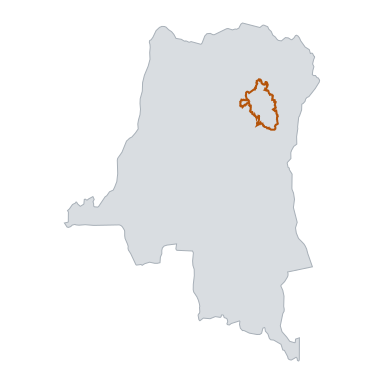 Bafwasende, Orientale, Democratic Republic of the Congo (highlighted)
{"feature_id": "63176286B50174012793828", "entity_name": "Bafwasende", "entity_type": "district", "adm_level": 2, "iso_a3": "COD", "parent_name": "Democratic Republic of the Congo", "parent_adm1": "Orientale", "projection": "equal_earth", "projection_center": [26.956, 0.799], "detail": "fine", "context": "in_parent", "style": "outline", "palette": "amber", "viewbox_px": 384, "rotation_deg": 0, "n_neighbors": 0, "source": "geoboundaries", "source_scale": "gbopen_adm2", "svg_char_len": 8887}
<svg xmlns="http://www.w3.org/2000/svg" viewBox="0 0 384 384"><path d="M312.4,266.8L287.6,272.0L288.1,273.9L287.9,275.9L287.2,277.4L284.7,281.5L281.0,285.3L280.9,286.2L282.8,290.4L284.0,296.2L283.7,306.4L284.2,309.1L284.1,311.2L282.8,313.6L280.3,325.8L282.0,331.7L286.8,337.2L289.7,341.3L294.5,342.7L295.2,342.5L295.6,339.1L299.4,337.8L299.3,359.5L299.0,360.7L298.3,361.0L297.4,360.3L297.1,358.2L296.1,357.3L291.4,360.0L290.2,359.9L288.9,359.4L288.0,358.3L287.7,356.7L284.4,350.4L282.8,350.0L281.0,344.3L273.7,340.1L270.8,339.8L269.4,338.5L267.9,334.0L265.4,331.2L264.9,328.0L264.4,327.5L262.9,328.2L261.6,333.2L259.9,334.4L256.9,334.5L249.3,333.1L243.9,330.5L242.5,330.6L240.4,328.3L239.5,324.4L239.9,321.4L239.5,320.9L231.3,323.5L229.3,325.0L227.4,324.6L226.9,323.8L227.7,321.7L227.3,319.5L226.6,318.4L224.2,317.6L223.4,315.2L221.9,314.8L221.4,315.2L221.1,316.8L220.2,317.4L215.3,316.6L210.1,318.7L203.3,318.1L200.0,320.7L199.5,320.6L198.8,319.3L198.1,315.2L198.5,314.1L199.5,313.3L199.8,311.6L199.5,307.4L199.8,306.3L199.4,303.9L198.3,300.0L196.9,296.8L193.7,292.0L193.2,289.7L193.3,284.3L194.3,275.8L194.2,269.4L192.9,265.3L192.6,260.9L193.4,252.9L192.5,251.0L176.9,250.3L176.2,249.7L175.9,248.6L176.6,243.9L167.0,245.1L164.2,246.0L162.4,247.9L161.8,250.4L161.8,253.8L160.4,257.1L160.0,262.7L157.4,263.3L154.7,263.3L149.6,262.2L144.7,263.7L142.2,265.3L141.0,264.5L136.5,265.1L135.9,264.7L130.7,253.6L128.4,250.0L128.0,248.2L128.2,246.4L127.5,244.1L125.1,238.5L124.7,235.8L124.7,231.7L124.5,230.3L122.3,226.7L120.9,225.5L119.3,224.9L93.7,225.4L85.2,224.7L79.0,225.2L75.9,224.9L75.0,224.4L72.2,225.1L70.7,226.6L68.5,227.4L67.1,227.1L64.4,223.0L68.0,222.2L68.3,221.8L68.4,212.0L67.5,210.6L69.4,208.9L72.5,204.5L75.5,203.0L75.9,202.1L76.6,202.1L77.7,204.0L80.3,206.3L83.6,204.3L83.9,203.7L84.3,199.4L85.2,199.1L86.6,200.0L87.3,200.0L88.8,198.8L92.9,196.6L94.2,199.4L93.0,201.8L93.6,203.5L93.7,206.2L94.4,206.8L97.7,207.1L98.6,206.5L105.1,196.8L106.8,195.7L109.5,191.8L113.2,190.1L114.7,187.0L116.8,181.6L117.7,173.7L117.3,160.2L117.7,158.3L122.0,152.2L126.5,141.1L129.6,138.2L131.9,137.0L135.4,133.0L138.2,128.9L137.8,124.0L138.5,119.9L140.0,114.7L140.5,109.3L140.0,103.5L140.2,98.8L142.3,91.2L142.6,82.6L144.4,75.3L148.2,66.1L150.0,59.3L149.7,52.5L150.2,47.5L150.0,44.6L149.3,42.1L149.7,40.5L151.1,39.8L152.9,37.3L156.1,30.6L159.5,27.4L161.9,26.4L164.4,26.5L166.0,27.1L168.6,29.7L171.6,31.7L173.8,34.3L176.0,38.4L181.3,39.3L183.6,40.7L185.0,41.3L185.5,40.9L186.6,41.1L189.1,42.3L191.1,41.6L200.9,44.3L202.1,43.0L204.8,36.0L206.9,33.7L210.3,33.4L212.9,34.7L214.3,34.7L226.4,28.8L228.0,28.5L232.4,29.9L235.2,29.0L236.4,29.3L238.8,28.2L240.9,24.1L242.5,23.0L259.9,27.5L262.6,25.3L263.8,25.1L267.7,26.7L268.9,29.3L271.2,31.4L272.8,35.1L275.4,37.1L276.7,39.0L278.3,40.4L281.4,40.9L285.4,37.6L288.3,37.9L291.1,39.7L292.1,39.6L294.2,37.7L295.4,35.7L296.5,35.2L298.1,36.1L299.5,38.0L300.7,40.8L305.1,47.0L309.3,49.7L310.4,53.5L311.9,53.1L312.6,53.5L313.7,55.9L314.5,56.4L314.6,57.4L313.6,59.7L312.6,64.0L313.9,66.7L312.8,70.6L312.3,74.6L313.6,75.6L315.4,75.5L317.0,77.6L318.3,78.0L319.6,80.2L319.3,82.0L315.2,88.6L308.9,96.6L306.8,97.6L305.7,99.0L305.0,101.4L303.2,103.4L301.8,104.2L301.6,110.0L299.5,116.0L298.7,117.2L297.6,127.0L297.8,128.6L296.6,136.6L296.8,144.1L293.8,146.4L291.7,150.1L290.8,152.6L290.9,158.6L287.4,162.4L287.2,163.2L288.1,167.4L289.3,168.1L289.3,169.6L292.1,174.1L291.9,188.2L292.1,189.6L293.5,193.0L294.5,199.3L293.4,207.5L297.2,222.3L295.5,227.8L296.3,233.0L298.5,238.4L303.8,243.8L305.2,246.0L306.6,249.0L307.8,253.6L312.4,266.8Z" fill="#d9dde1" stroke="#a8b0b8" stroke-width="1"/><path d="M262.9,83.9L262.7,83.7L262.4,83.8L262.3,83.7L262.1,83.6L262.1,83.4L261.5,82.9L261.4,82.7L261.5,82.3L261.5,82.0L261.3,81.5L261.4,81.4L261.3,81.2L261.2,80.7L260.9,80.4L260.7,79.8L260.5,79.7L260.4,80.2L260.0,80.1L259.7,80.5L259.5,80.1L259.3,80.0L259.2,79.4L258.9,79.3L257.5,81.0L257.3,81.1L257.2,80.7L256.9,80.8L257.0,81.1L256.9,81.6L256.6,81.9L256.4,82.4L256.4,82.8L256.7,82.8L256.9,83.0L257.2,83.2L257.3,83.4L257.1,84.0L256.8,84.6L256.1,85.5L256.0,86.0L256.1,86.3L256.1,86.5L255.8,87.1L255.9,88.2L255.4,88.5L255.1,88.3L255.1,89.0L254.9,89.6L254.6,89.6L254.1,89.3L249.1,93.0L248.7,92.4L247.9,91.8L247.5,91.7L246.9,91.8L246.1,92.6L246.1,94.1L245.8,95.5L246.0,95.8L245.9,96.2L246.4,97.4L246.3,97.6L246.5,98.9L246.8,99.0L247.0,99.0L247.1,99.4L247.6,99.6L247.7,99.8L248.0,99.7L248.3,99.8L248.7,100.5L244.6,100.1L244.3,100.1L244.1,99.8L243.9,99.7L243.4,99.7L243.1,99.7L242.6,100.3L242.0,100.3L241.4,99.8L240.9,101.0L240.3,101.6L240.6,102.2L240.5,102.3L240.2,103.0L240.4,103.5L240.5,104.7L240.2,105.2L240.3,105.9L240.6,106.2L240.8,106.3L241.1,105.9L241.3,106.1L241.5,106.1L241.5,105.9L241.8,106.0L241.8,106.4L241.9,106.5L242.3,106.5L242.4,106.4L242.4,106.1L242.6,106.2L242.7,107.0L243.1,106.6L243.0,106.0L243.1,105.9L243.5,105.7L243.5,105.9L243.9,105.5L244.2,105.4L244.7,105.5L244.7,104.8L244.8,104.7L245.3,104.6L245.9,104.8L246.1,104.7L246.5,103.8L246.6,103.7L246.8,103.8L247.1,103.2L247.8,103.1L248.6,102.3L248.9,102.4L249.2,103.1L249.4,104.1L249.6,104.5L249.4,104.5L249.3,104.8L249.5,105.0L249.4,105.1L249.7,105.2L249.7,105.4L249.8,105.4L249.9,105.5L250.0,105.5L249.8,105.6L249.7,105.9L249.8,106.0L249.9,105.8L250.0,106.0L249.9,106.2L250.0,106.3L250.1,106.2L250.3,105.9L250.5,105.9L250.5,106.0L250.8,105.9L250.8,106.0L250.8,107.8L250.5,109.1L250.7,109.3L250.6,110.6L250.4,110.8L250.2,110.6L250.0,111.0L250.3,111.3L250.5,111.7L250.7,112.1L251.1,112.1L251.3,112.3L251.6,112.4L252.3,112.1L252.5,112.5L252.4,113.1L252.2,113.6L252.2,113.8L252.3,114.0L252.9,114.2L253.0,114.1L253.2,114.3L253.4,114.6L253.8,114.7L253.8,114.9L254.2,115.4L254.3,115.3L254.6,115.2L254.7,114.9L254.8,115.2L255.0,115.9L255.1,116.0L255.5,116.0L255.9,117.1L256.4,117.3L256.6,118.3L256.7,118.0L257.1,117.9L257.2,117.6L257.1,117.3L257.2,117.1L257.7,116.9L258.4,116.5L258.5,116.1L258.5,115.8L259.0,115.9L259.1,116.6L258.9,117.1L259.0,117.1L259.0,119.3L258.7,121.1L258.3,121.6L258.1,122.1L258.1,122.4L257.7,122.6L257.3,122.7L257.0,123.0L257.0,123.8L257.1,124.2L257.3,124.6L257.3,124.9L257.1,125.3L257.8,124.9L258.4,124.7L258.9,124.2L259.0,123.9L259.5,123.5L259.8,123.8L260.1,123.7L260.2,123.4L260.0,123.2L260.0,122.9L260.2,122.7L260.2,122.8L260.4,122.8L260.8,123.1L260.8,123.3L261.0,123.1L261.7,123.8L261.9,123.9L262.0,123.8L262.2,124.0L262.4,123.9L262.4,124.2L262.7,124.5L262.9,124.6L263.2,124.9L263.1,125.2L263.3,125.3L263.3,125.8L263.4,126.0L263.9,126.0L263.9,126.3L264.1,126.6L264.9,127.0L266.3,127.2L266.4,127.4L266.9,127.6L267.0,128.1L267.1,128.3L267.9,128.3L268.1,128.2L268.5,127.9L268.8,127.8L269.0,128.5L269.2,128.8L269.6,128.6L269.8,128.6L270.0,129.0L270.3,129.2L270.4,129.3L270.6,129.3L270.8,129.6L271.1,129.7L274.4,129.7L274.5,129.5L274.8,129.4L274.9,129.1L275.0,128.9L275.3,128.8L275.4,128.4L275.4,127.5L275.3,127.0L274.9,126.3L275.0,126.0L275.5,125.5L275.6,124.9L275.8,124.7L276.2,124.6L276.7,124.5L277.2,124.0L277.6,124.0L277.8,123.7L277.6,123.3L277.6,122.6L277.3,121.8L277.3,120.8L277.1,120.0L277.1,119.9L277.1,119.4L276.9,119.1L277.1,118.7L277.0,118.2L277.1,117.8L277.0,117.5L277.1,117.3L277.1,117.1L277.4,116.9L277.4,116.7L277.5,116.7L277.8,116.2L277.5,115.7L277.3,115.6L277.5,115.0L277.3,114.7L277.1,114.8L277.0,114.5L276.8,114.5L276.7,114.2L276.6,113.9L276.4,113.4L276.4,113.1L276.5,113.0L276.5,112.8L276.5,112.2L276.4,112.1L276.3,111.8L276.2,111.7L276.3,111.6L276.3,111.2L276.0,111.1L276.1,110.9L276.1,110.6L275.9,110.6L275.8,110.4L275.2,110.4L274.8,110.3L274.6,110.1L274.5,110.3L274.4,110.1L274.1,110.3L273.6,110.1L273.2,109.6L273.0,109.4L273.8,108.9L274.3,108.8L274.7,108.2L275.1,107.7L275.6,107.9L275.8,107.5L274.8,105.4L275.0,105.2L274.9,105.1L274.8,104.7L275.1,103.7L275.7,102.1L275.4,102.0L275.0,102.3L274.7,102.3L274.6,102.1L274.5,102.3L274.3,102.1L274.2,102.1L274.1,101.9L274.7,100.6L274.8,100.2L274.7,100.1L274.4,100.1L274.0,100.0L273.7,100.2L273.3,99.8L273.1,99.8L272.8,99.7L272.7,99.8L272.4,99.6L272.2,99.7L272.2,98.7L272.6,98.2L272.4,97.1L272.7,96.9L272.8,96.8L272.6,96.5L272.5,96.3L272.8,95.5L271.8,94.8L271.7,94.6L271.4,94.6L271.2,94.7L270.8,94.7L270.5,94.4L270.3,94.7L270.0,94.8L269.9,94.4L269.8,94.2L269.4,93.9L269.2,93.4L268.9,93.2L268.8,92.8L268.7,92.0L268.5,91.7L268.3,91.2L268.3,90.8L268.1,90.6L267.9,90.5L267.6,90.7L267.3,90.7L267.3,90.4L267.0,90.2L266.6,90.3L266.4,90.5L266.2,90.5L266.0,90.3L265.5,90.2L264.9,90.0L265.2,89.8L265.2,89.5L265.3,89.6L265.6,89.3L265.6,89.5L265.8,89.7L266.0,89.6L266.1,89.3L266.1,88.8L266.3,88.5L266.3,88.2L266.4,87.7L266.8,86.9L267.2,86.8L267.3,86.6L267.0,85.7L267.2,85.4L267.0,85.1L267.6,85.1L267.8,84.9L267.4,84.2L267.4,83.8L267.1,83.5L267.1,82.9L266.7,82.6L266.7,82.3L266.5,82.2L266.2,82.4L265.9,82.0L265.7,82.0L265.6,82.3L265.4,82.4L265.3,82.7L265.6,83.3L265.6,83.5L265.3,83.6L265.3,83.9L265.1,84.4L264.9,84.4L264.7,84.6L264.2,84.7L263.8,84.4L263.3,84.5L263.1,84.4L262.9,84.2L262.9,83.9Z" fill="none" stroke="#b45309" stroke-width="2"/></svg>